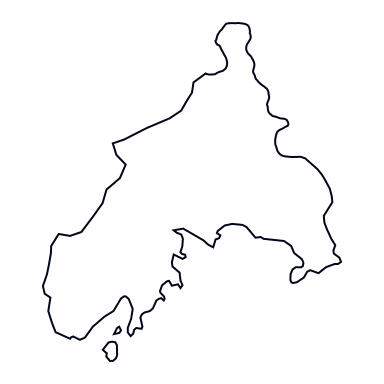 outline of Rason City, Rasŏn, North Korea
{"feature_id": "82179303B91931790309769", "entity_name": "Rason City", "entity_type": "district", "adm_level": 2, "iso_a3": "PRK", "parent_name": "North Korea", "parent_adm1": "Rasŏn", "projection": "robinson", "projection_center": [130.492, 42.382], "detail": "fine", "context": "isolated", "style": "outline", "palette": "ink", "viewbox_px": 384, "rotation_deg": 0, "n_neighbors": 0, "source": "geoboundaries", "source_scale": "gbopen_adm2", "svg_char_len": 5878}
<svg xmlns="http://www.w3.org/2000/svg" viewBox="0 0 384 384"><path d="M70.0,338.7L71.2,337.3L73.2,336.5L79.9,339.8L84.9,337.6L92.9,326.6L104.4,316.7L113.5,311.0L121.0,298.5L124.1,296.3L126.0,296.5L128.8,299.1L132.7,308.9L131.2,318.6L127.8,327.9L127.8,332.3L130.6,336.1L133.2,333.7L134.2,329.8L136.2,328.0L141.5,328.8L142.4,326.7L140.4,317.6L141.8,314.4L144.5,312.5L149.8,311.1L152.9,308.4L156.4,300.5L158.9,298.8L161.1,298.1L163.7,300.5L164.6,298.9L164.1,296.6L160.4,292.7L160.0,291.0L162.1,285.3L167.0,281.3L169.0,280.8L171.9,285.7L178.0,284.3L180.5,288.1L182.5,285.3L180.5,280.5L179.6,272.6L172.5,266.6L171.9,262.3L173.7,254.5L182.6,258.9L185.6,257.2L185.1,254.7L182.0,254.0L180.4,252.1L182.3,246.5L182.9,238.7L181.2,234.5L176.9,232.8L173.7,230.3L183.2,228.6L203.4,240.3L208.1,244.6L213.2,247.3L215.6,239.4L219.1,238.2L220.3,235.3L216.9,233.1L217.7,231.0L224.7,225.5L232.2,223.9L242.5,224.9L246.5,227.0L255.5,237.7L260.8,237.0L263.5,238.8L284.0,241.0L291.2,246.0L294.1,253.0L301.9,259.2L303.4,262.6L302.9,266.0L301.1,267.3L295.8,267.2L292.5,269.5L290.6,274.1L290.4,280.2L291.6,282.5L293.1,283.0L297.0,282.2L303.9,277.5L307.3,271.6L310.2,270.2L318.5,273.2L326.0,267.2L334.6,264.0L338.0,264.0L341.1,261.9L339.3,257.6L333.8,253.5L333.4,250.4L335.3,245.2L331.3,238.8L327.0,229.4L324.4,222.6L323.8,215.9L327.7,209.6L332.4,202.2L331.7,196.1L329.8,188.7L325.4,180.5L322.0,174.8L317.3,169.0L305.0,158.2L303.2,157.7L301.9,157.2L301.1,157.0L300.2,156.8L299.6,156.8L298.7,156.8L297.9,156.8L297.0,156.9L294.0,157.0L290.1,156.9L287.6,156.6L286.9,156.5L286.2,156.5L284.8,156.3L283.4,156.0L282.7,155.7L282.1,155.5L281.6,155.3L281.0,154.9L280.3,154.5L279.3,153.5L278.8,152.9L278.0,151.8L277.7,151.2L277.3,150.5L277.1,149.8L276.9,149.1L276.6,148.4L276.5,147.5L276.2,146.7L275.8,145.8L275.5,145.1L275.3,143.7L275.2,143.1L275.2,142.2L275.2,141.2L275.2,140.4L275.2,139.4L275.4,138.9L275.4,138.2L275.6,137.6L275.8,136.3L276.1,135.1L276.3,134.4L276.8,133.0L277.1,132.2L277.5,131.7L278.4,130.8L278.9,130.4L279.5,130.0L282.1,128.8L283.6,127.9L284.2,127.6L284.7,127.2L286.5,126.4L286.9,126.1L287.3,126.0L287.8,125.6L288.0,125.3L288.2,124.9L288.3,124.1L288.3,123.7L288.3,123.3L288.2,122.8L287.9,122.1L287.7,121.7L287.3,120.9L286.9,120.2L286.6,119.9L286.3,119.7L285.4,119.2L284.8,119.0L284.3,118.8L282.8,118.6L280.6,118.4L280.1,118.3L278.6,117.8L278.1,117.6L277.6,117.4L277.2,117.2L276.7,117.0L276.3,116.9L275.8,116.7L274.7,116.5L272.9,116.1L272.3,115.8L272.1,115.6L271.9,115.4L270.9,114.5L270.5,114.2L270.1,113.9L269.7,113.5L269.0,112.6L268.7,112.1L268.4,111.6L268.3,111.2L268.0,110.1L267.8,109.1L267.8,108.7L267.8,108.1L267.7,107.0L267.6,106.5L267.5,106.3L267.2,105.3L267.1,105.0L267.0,104.7L267.0,104.3L267.1,104.0L267.3,103.1L267.5,102.5L267.8,101.6L268.1,101.1L268.3,100.6L268.4,100.1L268.8,99.1L269.2,97.9L269.2,97.5L269.1,97.0L269.1,96.4L268.9,95.4L268.7,94.9L268.8,94.4L268.6,94.0L268.5,93.4L268.5,93.0L268.5,92.5L268.4,91.9L268.3,91.6L268.1,91.1L267.8,90.3L267.3,89.6L266.8,88.8L266.2,88.2L264.9,87.2L264.3,86.6L263.1,85.8L262.6,85.5L262.1,85.2L261.5,84.7L261.1,84.3L260.7,84.1L260.2,83.7L259.7,83.1L258.6,82.1L258.0,81.5L257.9,81.1L257.4,80.5L256.6,79.7L255.8,78.8L255.6,78.3L255.4,77.9L255.3,77.3L255.1,76.8L254.7,75.3L254.4,74.7L254.2,74.3L253.8,73.8L253.6,73.2L253.4,72.8L253.1,72.0L253.1,71.6L253.1,71.1L253.2,70.9L253.3,70.0L253.5,69.1L253.7,68.6L253.9,67.9L254.0,67.3L254.2,66.8L254.3,65.8L254.4,64.1L254.2,63.2L253.9,62.3L253.9,61.9L253.6,61.1L253.3,60.8L253.0,60.0L252.9,59.6L252.3,59.0L252.1,58.6L251.7,57.7L251.3,56.9L251.1,56.5L250.5,55.9L249.7,55.1L249.3,54.7L248.8,54.3L248.4,53.8L247.9,53.3L247.7,52.9L247.4,52.4L247.2,52.0L246.9,51.5L246.8,51.1L246.4,50.1L246.2,49.1L246.2,48.7L246.2,48.1L246.3,46.4L246.6,45.4L247.0,44.4L247.5,43.5L248.0,42.9L248.1,42.6L249.1,41.1L249.8,40.0L250.0,39.6L250.3,39.1L250.4,38.6L250.6,37.8L250.7,37.3L250.7,36.0L250.6,35.4L250.5,34.8L250.2,34.2L250.1,33.9L249.9,33.6L249.8,33.2L249.8,32.8L249.9,31.9L249.9,31.2L249.8,30.0L249.7,29.5L249.3,28.0L248.9,27.0L248.5,26.3L248.2,25.8L247.8,25.4L247.5,25.1L247.1,24.9L246.6,24.6L246.2,24.4L245.0,24.0L244.3,23.8L243.4,23.6L242.5,23.5L240.9,23.3L240.1,23.2L239.1,23.1L238.2,23.0L236.6,23.1L235.3,23.3L233.6,23.1L232.1,23.1L231.5,23.1L230.2,23.1L228.9,23.3L228.4,23.3L227.2,23.5L226.3,23.7L226.1,23.8L225.3,24.7L224.6,25.5L224.1,26.3L223.7,26.8L223.3,27.3L222.6,28.2L222.2,29.0L221.7,29.5L221.3,29.9L220.9,30.3L220.5,30.7L220.1,31.2L219.4,32.0L219.0,32.6L218.4,33.6L218.1,34.1L217.5,35.1L217.4,35.6L217.2,36.1L217.1,36.6L216.9,37.0L216.5,38.6L216.5,39.1L216.1,39.9L215.9,40.3L215.5,40.8L215.4,41.1L215.5,41.3L215.9,42.4L216.2,42.9L216.6,43.8L216.9,44.2L217.2,44.5L217.7,44.8L218.2,45.0L218.6,45.1L218.9,45.3L219.3,45.6L219.7,46.0L220.0,46.3L220.2,46.8L220.4,47.2L220.6,47.9L221.0,48.6L221.3,49.4L221.7,50.0L222.1,50.7L222.4,51.3L223.6,53.6L223.9,54.3L224.7,55.6L225.2,56.3L225.5,56.9L225.7,57.4L226.0,58.0L226.6,59.9L226.9,61.1L227.1,61.9L227.1,62.9L227.1,63.7L227.0,64.7L226.9,65.2L226.6,66.5L226.3,67.2L226.1,67.7L225.8,68.2L225.4,68.7L225.1,69.0L224.7,69.4L223.4,70.4L222.8,70.8L222.0,71.1L220.6,71.5L220.0,71.8L219.3,71.9L217.6,72.6L217.1,72.9L216.6,73.2L215.8,73.8L215.3,74.1L214.6,74.2L213.7,74.4L212.8,74.4L212.0,74.5L210.3,74.5L208.9,74.5L208.0,74.3L206.8,74.1L206.3,73.9L205.8,73.7L205.6,73.5L193.5,82.4L192.0,92.6L186.6,101.1L181.2,110.6L169.7,118.3L147.0,127.9L124.2,139.5L112.8,143.4L116.4,154.9L125.7,164.6L119.9,178.1L106.5,189.6L102.6,203.1L93.0,216.6L81.4,232.0L70.1,235.9L58.7,234.0L51.2,246.0L50.9,253.3L48.9,264.8L46.9,274.5L42.9,286.0L44.7,293.7L50.4,297.6L48.3,311.1L51.9,322.6L55.6,332.2L70.0,338.7ZM110.0,361.0L112.9,360.9L115.8,358.5L117.1,355.5L116.9,345.1L115.2,342.2L112.0,341.7L108.5,342.5L102.8,349.8L106.1,352.8L106.8,353.2L106.3,356.6L110.0,361.0ZM114.0,334.1L119.3,332.9L121.0,330.4L119.2,326.7L117.1,328.0L114.0,334.1Z" fill="none" stroke="#020617" stroke-width="2"/></svg>